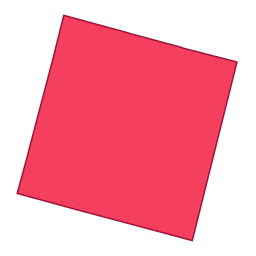 the district of Delaware, Indiana, United States of America, rotated 15°
{"feature_id": "52423323B36304879432203", "entity_name": "Delaware", "entity_type": "district", "adm_level": 2, "iso_a3": "USA", "parent_name": "United States of America", "parent_adm1": "Indiana", "projection": "robinson", "projection_center": [-85.432, 40.228], "detail": "fine", "context": "isolated", "style": "filled", "palette": "rose", "viewbox_px": 256, "rotation_deg": 15, "n_neighbors": 0, "source": "geoboundaries", "source_scale": "gbopen_adm2", "svg_char_len": 346}
<svg xmlns="http://www.w3.org/2000/svg" viewBox="0 0 256 256"><g transform="rotate(15 128 128)"><path d="M36.8,35.8L37.6,80.3L38.0,175.8L38.1,180.3L38.0,199.9L37.9,219.9L104.9,220.2L219.2,220.1L217.6,123.8L216.9,80.1L216.2,36.1L160.3,36.6L158.0,36.3L104.0,36.3L104.0,36.1L36.8,35.8Z" fill="#f43f5e" stroke="#9f1239" stroke-width="1.5"/></g></svg>